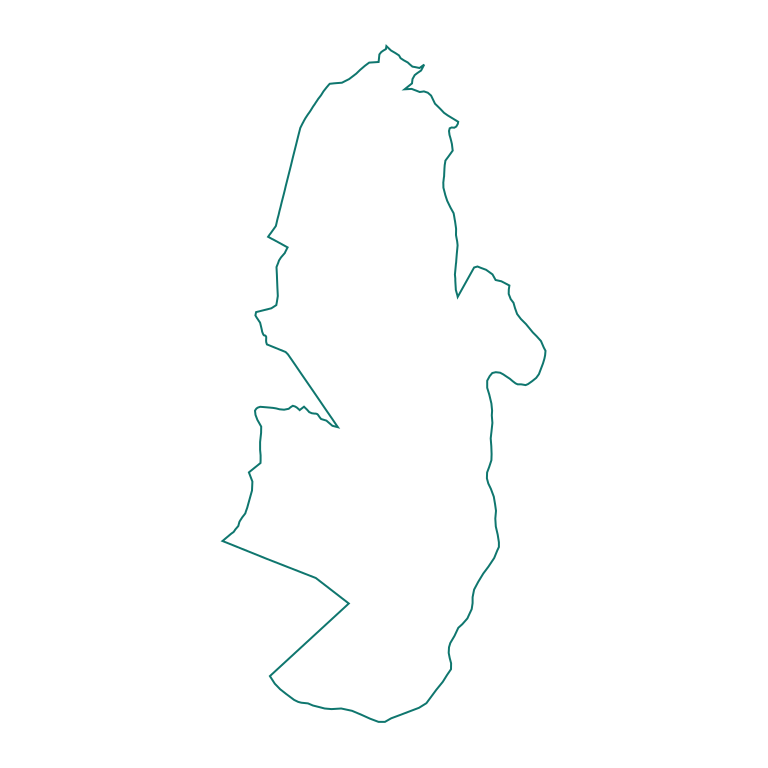 Atlequizayan, Puebla, Mexico
{"feature_id": "50627088B18003687378579", "entity_name": "Atlequizayan", "entity_type": "district", "adm_level": 2, "iso_a3": "MEX", "parent_name": "Mexico", "parent_adm1": "Puebla", "projection": "robinson", "projection_center": [-97.628, 20.016], "detail": "fine", "context": "isolated", "style": "outline", "palette": "teal", "viewbox_px": 768, "rotation_deg": 0, "n_neighbors": 0, "source": "geoboundaries", "source_scale": "gbopen_adm2", "svg_char_len": 5028}
<svg xmlns="http://www.w3.org/2000/svg" viewBox="0 0 768 768"><path d="M424.2,64.6L419.5,68.0L414.7,67.0L414.0,66.9L412.4,66.6L409.6,64.2L407.8,62.5L403.8,60.3L400.6,58.2L400.1,57.3L399.0,55.4L395.3,53.0L391.0,50.5L386.4,46.1L385.9,49.1L383.3,50.6L381.2,52.1L379.4,54.4L378.6,62.0L369.2,62.6L368.1,63.4L364.9,65.8L360.0,70.0L356.3,73.6L354.6,74.9L350.4,78.1L349.1,79.1L345.1,81.1L342.0,82.7L339.6,82.9L336.8,83.1L334.3,83.3L329.7,83.8L328.7,84.9L326.5,87.5L323.5,91.3L321.0,95.3L319.3,97.5L318.2,98.9L317.1,100.6L315.6,102.8L315.0,103.8L313.1,106.5L310.7,110.4L309.5,112.2L308.5,113.6L308.1,114.1L305.4,118.2L303.6,121.4L303.1,122.5L302.7,123.1L300.3,127.9L299.1,132.6L298.1,136.5L296.1,144.6L292.7,158.1L291.1,164.8L290.8,166.0L289.9,169.6L285.7,186.2L284.9,189.7L283.7,194.5L281.8,201.8L280.4,207.6L279.7,210.2L279.4,211.4L278.6,214.9L277.7,218.2L277.2,220.2L277.0,221.1L276.3,224.2L275.8,226.1L274.3,228.2L272.8,230.3L272.5,230.7L270.8,233.1L269.7,234.5L268.1,236.8L272.3,239.1L273.0,239.4L287.6,247.4L286.7,249.1L285.2,252.1L285.0,252.6L284.9,252.9L282.4,255.8L281.0,257.4L279.0,260.5L278.1,263.1L277.0,265.8L276.5,267.1L276.9,275.0L277.0,277.9L277.1,280.4L277.4,287.7L277.8,295.8L277.8,296.1L276.9,301.8L276.3,305.1L272.9,307.3L271.3,308.3L256.1,312.1L255.8,313.4L255.8,313.5L255.4,315.4L256.6,317.5L258.2,319.8L258.8,320.8L259.6,321.9L260.1,322.7L260.4,323.9L261.2,327.2L261.8,329.8L262.1,331.5L262.6,332.9L263.2,334.3L263.8,335.2L264.4,335.5L264.8,335.4L265.3,335.6L265.8,336.1L266.2,336.9L266.2,338.2L266.1,340.4L266.2,342.1L266.5,343.1L266.9,344.4L285.6,352.0L287.9,354.3L293.3,362.1L293.5,362.4L295.5,365.3L297.8,368.7L301.0,373.4L310.1,386.6L318.6,399.0L325.4,409.0L327.6,412.2L329.0,414.2L330.0,415.7L332.3,419.0L335.2,423.3L337.2,426.2L337.9,427.2L332.4,425.8L326.4,420.6L321.1,419.0L319.6,417.2L319.4,416.8L318.3,415.3L318.0,414.8L317.4,414.2L316.5,413.8L315.6,413.6L314.4,413.6L312.3,413.3L311.7,413.2L310.8,412.8L310.2,412.5L309.3,412.2L307.0,409.6L304.0,406.7L299.9,409.9L299.7,410.1L296.9,407.6L295.1,406.5L292.8,405.8L290.9,407.0L290.0,407.7L288.7,408.8L284.1,409.7L279.6,409.3L276.1,408.4L273.0,407.9L268.8,407.5L268.7,407.5L264.0,407.1L260.2,406.8L257.8,407.6L256.5,408.5L256.4,408.6L255.6,409.7L255.0,410.7L255.5,414.9L257.4,419.9L258.1,421.1L261.2,426.6L261.1,432.3L261.1,432.8L260.1,442.0L260.1,449.9L260.6,455.3L260.6,460.4L260.5,463.0L251.2,470.5L248.9,472.4L252.0,480.5L252.4,481.6L252.0,490.5L247.5,506.7L247.3,507.5L245.9,511.4L245.3,513.4L242.2,517.4L240.0,520.8L239.4,521.9L238.3,526.0L235.2,529.6L234.8,530.3L233.6,532.0L231.2,533.7L222.5,541.0L266.9,558.9L315.8,578.0L348.8,603.5L269.9,676.1L274.8,683.7L280.1,689.2L286.2,694.0L294.1,699.9L298.2,701.9L301.3,702.7L308.0,703.4L312.9,705.5L319.3,707.1L324.7,708.5L331.5,709.1L341.2,708.5L352.0,710.8L361.7,714.9L370.1,718.7L378.6,721.9L384.9,721.9L391.2,718.3L399.0,715.4L410.3,711.1L419.0,707.8L426.4,703.2L436.3,689.8L442.8,681.8L447.1,674.9L451.0,669.2L451.1,663.3L449.7,658.0L448.7,652.9L449.0,647.3L450.3,643.0L454.5,635.9L458.3,627.8L462.4,624.1L467.4,618.4L469.5,613.8L471.7,609.1L472.6,603.1L472.6,597.2L474.1,589.6L478.2,581.9L483.3,573.5L488.4,566.7L494.2,558.0L497.3,550.4L498.9,547.0L498.9,542.3L497.7,534.7L495.8,526.5L495.3,518.6L496.0,510.8L495.1,504.4L493.8,496.7L490.9,488.9L488.3,483.5L486.9,478.3L487.1,472.5L489.2,466.9L491.4,460.2L491.6,454.0L491.3,446.1L490.7,438.4L491.5,431.3L492.4,422.9L491.8,415.4L492.1,410.7L491.4,403.5L489.3,394.7L487.2,387.8L487.2,380.7L489.7,376.1L492.3,373.0L495.8,372.2L500.1,372.7L503.3,374.4L506.4,376.5L509.9,378.8L512.7,381.2L515.6,383.4L517.6,384.3L520.9,384.3L522.8,384.6L525.6,385.1L528.0,384.1L532.1,381.2L536.2,377.9L538.9,374.2L541.1,368.4L543.0,363.4L544.4,358.7L545.1,355.3L545.5,350.8L543.8,347.6L541.0,341.1L536.7,336.3L532.8,332.4L526.0,324.1L520.9,319.0L517.1,314.0L515.0,308.1L513.5,302.8L510.7,299.1L508.7,293.9L508.8,289.5L509.4,285.5L501.4,281.3L495.6,280.0L492.5,274.4L486.1,269.8L480.7,267.8L477.5,266.5L474.1,267.5L457.7,296.9L457.4,295.5L455.8,289.8L455.8,289.0L455.5,284.2L455.3,280.7L455.3,278.6L454.9,274.3L455.0,273.8L455.7,266.3L456.0,263.1L456.1,262.9L456.4,258.7L456.8,253.8L457.3,248.6L457.6,245.3L457.2,241.7L457.1,241.0L456.5,237.9L456.0,235.1L456.0,234.4L456.1,228.9L455.9,227.3L455.2,222.4L455.1,221.6L454.7,219.5L454.2,216.4L453.6,213.2L452.5,211.2L450.5,207.6L448.7,203.9L447.2,200.8L445.9,196.9L445.2,194.7L445.0,193.8L443.4,187.6L443.4,186.2L443.3,182.3L443.4,181.8L443.9,177.4L444.1,176.4L444.2,173.7L444.4,169.9L444.4,169.3L444.7,165.1L445.3,161.5L445.4,160.6L448.1,157.0L452.7,150.6L451.9,144.0L451.2,141.0L450.6,138.7L450.3,137.6L449.5,134.9L449.4,134.1L449.0,131.0L449.3,129.9L449.7,128.3L451.5,127.5L454.3,127.7L456.3,126.5L456.4,126.3L457.8,123.9L458.2,121.8L447.7,115.4L444.0,112.8L440.9,109.5L438.8,107.4L435.0,103.7L431.1,95.6L427.8,92.7L423.9,91.4L422.7,91.6L419.7,92.0L415.9,90.5L414.5,90.0L411.7,88.9L404.6,89.3L412.0,83.4L412.5,79.1L414.7,75.1L417.3,73.1L421.1,70.5L422.1,68.6L424.2,64.6Z" fill="none" stroke="#0f766e" stroke-width="2"/></svg>